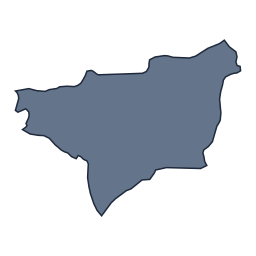 map outline of Diyarbakir (Equal Earth projection)
{"feature_id": "TUR-2309", "entity_name": "Diyarbakir", "entity_type": "Province", "adm_level": 1, "iso_a3": "TUR", "parent_name": "Turkey", "parent_adm1": "", "projection": "equal_earth", "projection_center": [40.236, 38.057], "detail": "fine", "context": "isolated", "style": "filled", "palette": "slate", "viewbox_px": 256, "rotation_deg": 0, "n_neighbors": 0, "source": "natural_earth", "source_scale": "10m", "svg_char_len": 1310}
<svg xmlns="http://www.w3.org/2000/svg" viewBox="0 0 256 256"><path d="M224.3,40.2L229.3,46.8L235.9,51.8L237.0,56.9L235.9,62.0L237.1,65.5L240.1,66.4L240.6,70.8L237.0,72.9L233.9,73.3L230.7,74.3L225.6,76.9L223.4,80.1L222.6,84.7L220.7,91.7L219.6,99.1L220.9,113.2L220.2,120.3L218.7,123.3L216.9,126.1L212.4,141.7L208.5,146.4L203.8,149.9L202.9,152.9L203.9,156.6L204.7,161.5L206.8,165.5L200.6,168.5L166.4,167.6L155.6,170.0L154.4,172.9L149.8,179.4L142.0,180.0L131.1,188.8L126.3,190.7L115.6,198.6L111.2,202.8L101.6,215.8L97.1,210.4L93.8,203.6L90.3,193.2L90.0,191.3L89.1,187.6L87.6,177.8L88.3,163.8L86.8,160.7L85.1,160.1L83.4,159.2L80.9,156.7L78.1,155.5L77.2,157.2L76.1,158.7L71.5,156.6L67.7,152.9L64.5,151.8L61.5,150.2L55.1,144.7L49.2,138.2L43.8,135.6L38.1,135.3L30.1,134.0L22.5,129.6L26.0,127.0L27.0,125.4L26.0,123.5L28.4,118.4L29.1,115.5L28.8,112.0L25.8,108.8L17.9,112.2L15.4,110.4L18.7,98.6L18.4,95.6L17.2,92.8L15.5,91.0L28.8,88.6L36.9,90.7L45.2,91.4L49.3,89.6L56.8,88.5L59.6,86.8L66.9,86.2L74.4,86.6L77.7,85.4L80.7,83.4L83.2,79.5L85.4,75.4L86.9,71.2L91.3,70.4L93.5,71.5L96.9,74.2L98.5,74.8L131.1,73.7L142.4,73.3L146.4,71.5L148.9,67.2L149.0,63.4L149.6,59.8L155.0,57.0L164.5,55.6L167.9,55.9L172.8,57.3L189.4,58.0L195.7,56.1L207.7,48.4L219.5,43.6L224.3,40.2Z" fill="#64748b" stroke="#1e293b" stroke-width="1.5"/></svg>